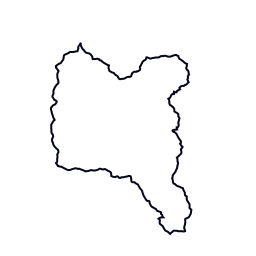 Martshala, Samdrup Jongkhar, Bhutan (Equal Earth projection), rotated 290°
{"feature_id": "84629894B7321058523370", "entity_name": "Martshala", "entity_type": "district", "adm_level": 2, "iso_a3": "BTN", "parent_name": "Bhutan", "parent_adm1": "Samdrup Jongkhar", "projection": "equal_earth", "projection_center": [91.734, 26.99], "detail": "fine", "context": "isolated", "style": "outline", "palette": "ink", "viewbox_px": 256, "rotation_deg": 290, "n_neighbors": 0, "source": "geoboundaries", "source_scale": "gbopen_adm2", "svg_char_len": 5795}
<svg xmlns="http://www.w3.org/2000/svg" viewBox="0 0 256 256"><g transform="rotate(290 128 128)"><path d="M50.7,216.9L53.6,214.8L57.4,214.4L59.2,214.1L61.0,213.2L62.3,212.9L63.9,214.7L65.2,215.7L66.7,216.0L68.9,216.3L72.8,215.5L73.9,213.1L75.7,212.6L77.5,211.8L79.6,209.0L80.8,207.8L82.8,206.9L83.8,206.6L84.2,204.8L85.8,203.8L86.8,203.5L89.1,200.9L90.2,200.2L90.2,198.1L90.4,196.8L90.4,194.2L90.5,193.4L91.3,191.5L91.4,191.1L91.4,189.7L93.3,188.3L94.2,188.0L95.1,187.4L95.6,186.8L96.0,186.6L97.2,186.7L98.8,186.3L101.5,187.0L103.3,187.6L104.3,187.5L106.6,187.8L108.2,187.7L108.7,187.4L110.4,187.3L110.7,187.2L111.7,187.2L112.7,186.8L113.3,186.1L116.2,184.8L116.7,184.4L116.9,184.1L121.6,186.5L122.8,186.7L124.0,186.3L125.8,185.1L126.4,185.0L126.7,185.3L128.9,185.8L129.1,185.5L129.3,184.7L130.4,183.1L131.1,182.3L132.1,182.8L133.7,182.2L135.5,179.5L137.5,177.2L139.2,175.4L139.8,174.1L139.9,173.7L140.1,173.1L140.0,171.7L140.4,171.0L140.8,170.7L141.5,171.1L141.6,171.6L142.3,172.4L142.7,173.1L142.9,173.9L143.3,174.2L143.5,174.6L144.0,174.1L145.2,173.6L145.2,174.1L145.6,174.5L146.7,174.7L147.7,174.7L148.7,174.4L149.4,173.9L149.8,173.5L150.9,173.4L154.8,173.0L156.3,171.2L158.2,170.6L158.9,169.0L159.1,167.1L159.4,166.0L159.8,165.7L161.2,165.2L162.3,164.3L162.6,163.9L163.1,163.0L163.2,162.1L163.8,161.2L164.1,159.5L165.1,158.5L166.3,158.0L166.8,158.0L167.3,157.5L168.4,157.1L169.3,155.9L170.6,157.1L173.7,157.5L174.2,157.6L175.1,158.1L175.6,159.6L176.3,159.5L177.3,158.8L177.9,158.8L177.7,160.4L178.1,161.3L179.1,161.2L180.1,162.0L180.8,162.3L181.8,163.4L182.2,163.6L182.3,163.3L183.4,162.6L184.4,163.0L185.4,163.6L186.0,164.3L186.4,165.1L186.6,166.1L187.6,166.6L188.8,167.9L189.6,168.4L190.4,168.6L191.7,169.4L192.1,169.0L193.8,167.2L195.5,167.3L196.8,166.6L198.0,166.7L198.6,167.0L199.1,167.0L199.6,166.5L200.7,166.1L201.6,165.6L202.3,165.0L202.9,163.7L203.5,162.8L204.1,162.2L206.9,162.0L207.9,161.6L208.4,161.6L208.5,159.6L208.7,159.0L208.9,158.4L209.5,157.1L210.1,154.8L210.4,153.7L210.5,152.9L210.9,152.2L211.5,151.5L212.8,150.7L212.9,148.9L213.1,148.4L213.0,147.9L211.3,145.3L210.7,145.0L210.4,144.4L209.5,143.3L208.8,141.3L208.7,140.2L208.8,138.9L208.3,137.5L208.1,137.1L207.4,136.2L207.4,135.6L206.8,134.4L205.0,132.9L204.6,132.2L203.8,130.1L201.8,126.6L201.3,126.1L200.8,125.1L200.9,121.6L200.7,121.2L200.0,121.3L198.6,121.2L198.0,121.0L197.0,120.1L195.6,119.2L194.2,118.9L193.5,119.0L192.5,118.7L190.7,118.7L189.7,118.2L188.8,118.5L188.2,119.0L187.0,119.3L186.4,119.2L184.7,118.0L184.5,117.1L184.0,116.9L183.5,116.4L183.3,115.3L182.7,114.2L180.6,113.0L179.7,113.3L178.6,113.1L177.8,113.3L177.0,112.7L176.5,111.9L176.5,111.6L176.1,110.8L175.3,109.5L174.4,108.6L173.6,108.1L172.8,107.1L172.1,105.5L171.4,104.4L171.1,103.5L171.4,102.4L172.0,101.7L173.2,100.3L173.8,97.5L174.8,96.1L174.8,94.0L175.1,91.6L175.5,90.8L177.8,89.1L178.9,88.8L180.3,88.7L180.3,86.6L180.8,84.1L181.0,83.0L181.6,80.8L182.1,80.2L182.2,79.2L182.0,78.7L182.0,78.0L182.7,77.5L182.6,75.3L182.0,74.5L181.5,73.5L181.1,72.2L180.7,71.5L181.0,71.0L183.0,69.9L183.8,68.5L184.5,67.7L184.5,67.1L184.8,65.9L184.4,62.8L184.9,61.9L185.1,61.2L186.1,59.9L186.4,58.9L186.7,58.5L187.7,57.1L189.5,55.5L190.4,54.9L191.9,54.6L190.6,54.2L189.2,54.1L188.0,53.6L186.9,53.5L185.9,54.1L182.9,54.3L182.5,53.5L181.8,52.3L181.3,51.5L180.7,50.5L180.4,49.9L179.7,47.5L178.1,46.5L175.0,43.3L174.0,43.0L171.2,43.7L169.8,43.7L168.8,43.3L166.7,42.8L165.9,42.5L165.0,41.5L163.6,40.3L163.0,39.9L162.5,39.7L161.7,39.1L161.3,39.3L160.2,39.6L157.9,43.2L157.6,43.3L156.5,43.1L154.9,43.1L154.0,43.3L152.3,43.9L150.3,45.0L148.9,46.2L147.7,46.7L147.2,47.1L146.3,47.1L145.5,46.9L143.8,46.0L140.9,45.3L138.7,45.2L137.5,45.2L136.1,45.7L135.2,46.2L132.1,46.1L131.3,46.4L130.0,48.4L129.2,49.1L129.2,49.6L129.2,50.5L128.7,51.7L128.4,52.0L127.2,52.0L125.4,51.5L123.3,49.6L122.6,49.4L122.1,49.4L121.4,48.9L120.5,48.8L119.5,49.1L115.5,51.7L113.5,53.4L112.1,54.4L110.5,56.3L109.4,55.6L108.3,55.5L107.5,55.1L106.7,55.2L105.4,54.8L104.4,54.8L103.4,55.3L101.6,55.9L100.6,56.5L99.7,56.7L97.8,57.6L97.0,58.2L96.0,59.7L94.5,60.6L92.0,60.5L91.4,60.4L90.9,60.6L89.3,61.5L88.6,62.4L87.6,63.0L86.3,64.2L85.7,64.9L84.8,66.6L84.1,68.1L83.7,69.3L83.3,69.9L82.5,70.5L81.5,70.9L78.9,70.6L76.7,71.6L75.9,71.9L75.1,71.9L73.9,72.3L73.4,72.6L72.1,72.9L70.9,72.8L70.6,72.3L70.4,72.3L69.0,74.4L68.6,75.4L68.3,75.4L68.4,75.9L68.4,76.6L68.8,78.7L68.0,84.6L68.1,86.6L68.9,88.1L70.0,89.3L71.4,91.2L72.1,92.3L72.5,93.5L72.3,94.7L72.4,95.0L72.9,95.7L73.1,96.4L72.9,97.5L73.0,98.8L72.9,101.6L72.7,103.0L73.3,104.0L74.0,105.4L75.8,107.6L76.3,110.4L77.1,112.1L78.3,113.8L79.4,114.7L80.2,115.6L80.3,116.3L80.4,118.2L80.5,118.8L81.3,119.8L81.5,120.6L81.5,121.2L81.2,122.3L81.2,123.0L80.9,123.9L80.8,125.9L80.7,126.5L80.0,127.4L78.4,128.2L77.2,128.7L77.1,130.1L77.1,131.0L77.6,132.9L78.7,133.9L79.0,134.8L78.2,136.8L78.3,137.6L79.6,138.9L79.8,139.4L80.2,140.9L81.0,141.7L81.3,142.1L82.0,143.6L83.0,144.8L83.3,145.3L83.5,146.1L83.5,146.8L83.2,147.2L82.4,147.8L81.8,148.0L81.2,148.6L80.3,148.8L79.4,149.3L78.8,149.7L78.7,150.2L78.6,150.7L79.1,152.2L79.1,153.3L78.7,153.9L78.3,156.6L76.0,159.2L75.1,160.4L74.5,161.6L73.9,162.5L73.4,163.0L72.0,163.9L69.9,165.7L66.6,169.7L66.1,170.8L66.1,171.3L66.6,172.1L66.5,173.1L66.2,173.5L65.2,173.8L64.8,174.0L62.7,176.2L62.1,177.5L62.1,178.4L61.8,179.2L61.5,181.2L61.3,182.1L60.1,183.8L60.2,186.8L60.2,187.7L60.0,188.0L59.0,188.2L58.6,188.4L58.2,189.5L57.9,189.9L57.0,190.5L56.3,191.2L56.1,191.6L55.8,190.8L55.1,189.5L54.4,188.6L53.2,187.8L53.1,188.2L52.4,189.4L51.7,189.7L50.8,189.8L50.0,190.1L49.3,190.4L48.9,190.7L48.0,193.3L47.6,194.2L45.4,196.7L44.4,198.1L44.3,199.0L44.2,200.7L42.9,203.8L44.5,204.5L46.0,205.4L46.9,205.8L47.5,207.0L48.1,209.0L48.3,211.0L49.3,213.4L49.6,215.0L50.0,216.2L50.7,216.9Z" fill="none" stroke="#020617" stroke-width="2"/></g></svg>